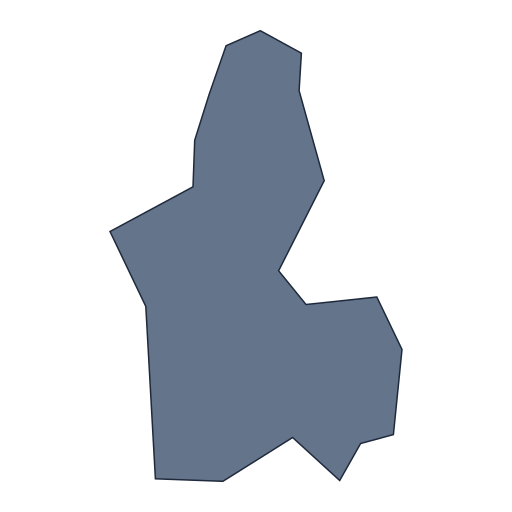 Dudley, orthographic projection
{"feature_id": "GBR-5692", "entity_name": "Dudley", "entity_type": "Metropolitan Borough", "adm_level": 1, "iso_a3": "GBR", "parent_name": "United Kingdom", "parent_adm1": "", "projection": "orthographic", "projection_center": [-2.094, 52.493], "detail": "fine", "context": "isolated", "style": "filled", "palette": "slate", "viewbox_px": 512, "rotation_deg": 0, "n_neighbors": 0, "source": "natural_earth", "source_scale": "10m", "svg_char_len": 378}
<svg xmlns="http://www.w3.org/2000/svg" viewBox="0 0 512 512"><path d="M301.4,53.2L299.1,90.7L324.2,180.7L278.6,270.8L306.0,304.5L376.8,297.0L402.0,349.5L393.4,434.6L360.6,443.5L339.7,480.5L292.6,437.5L222.9,481.3L155.4,478.8L145.8,306.4L110.0,231.5L193.0,186.8L194.7,140.3L209.1,94.5L226.1,45.7L260.3,30.7L301.4,53.2Z" fill="#64748b" stroke="#1e293b" stroke-width="1.5"/></svg>